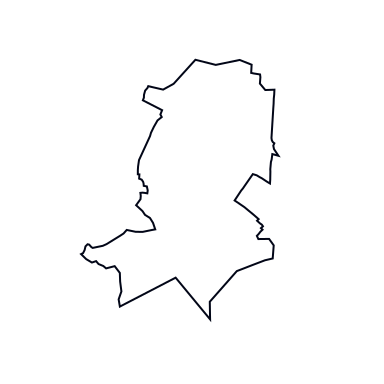 outline of Onitsha North, Anambra, Nigeria, rotated 230°
{"feature_id": "59680162B73411137510562", "entity_name": "Onitsha North", "entity_type": "district", "adm_level": 2, "iso_a3": "NGA", "parent_name": "Nigeria", "parent_adm1": "Anambra", "projection": "albers", "projection_center": [6.801, 6.162], "detail": "fine", "context": "isolated", "style": "outline", "palette": "ink", "viewbox_px": 384, "rotation_deg": 230, "n_neighbors": 0, "source": "geoboundaries", "source_scale": "gbopen_adm2", "svg_char_len": 1733}
<svg xmlns="http://www.w3.org/2000/svg" viewBox="0 0 384 384"><g transform="rotate(230 192 192)"><path d="M164.2,281.5L172.2,282.4L175.3,284.1L176.4,286.4L178.3,286.0L180.3,286.4L182.3,287.6L203.8,308.0L207.0,311.1L211.0,314.7L213.8,317.6L217.4,320.9L223.0,313.7L231.4,313.7L236.0,318.2L238.3,319.7L243.1,315.5L245.2,313.9L251.2,319.5L262.5,313.4L274.1,291.9L291.1,279.6L286.7,247.5L289.0,235.7L301.2,226.5L300.3,224.7L299.8,221.3L297.3,217.7L295.2,215.8L293.8,213.3L273.9,221.7L271.7,217.6L268.9,217.0L269.0,211.6L266.4,204.6L263.7,198.6L261.8,195.8L250.5,171.9L246.2,167.1L243.6,164.6L240.4,161.9L239.3,163.0L236.2,160.1L233.8,161.4L231.2,161.1L229.7,160.4L227.7,159.0L225.3,161.0L221.7,159.1L219.7,156.9L221.7,155.2L223.3,153.7L224.5,151.9L221.9,150.2L219.6,147.9L217.8,140.7L209.3,141.8L204.7,141.3L199.1,143.1L193.4,142.3L187.0,139.8L188.6,137.0L193.2,128.5L197.8,123.2L204.9,117.6L204.2,112.9L204.7,108.7L207.0,93.0L208.1,89.1L213.0,80.0L214.5,79.5L217.8,79.4L219.1,78.4L218.8,75.4L216.6,72.5L215.2,69.3L215.7,67.1L208.6,67.8L202.3,70.0L200.7,74.1L196.9,74.1L192.3,76.5L188.7,77.1L184.9,85.1L176.4,84.7L169.6,79.4L161.2,74.0L156.9,66.8L150.6,63.1L136.9,124.4L82.8,124.0L83.7,124.7L96.5,135.1L102.6,175.5L100.4,181.9L97.1,191.6L92.8,204.0L89.2,211.1L98.6,220.3L106.5,220.9L113.3,212.6L116.7,213.5L117.0,216.1L117.6,218.8L117.8,221.8L120.0,221.6L120.1,224.3L122.1,224.5L124.3,223.9L128.2,223.4L128.4,225.6L134.8,224.6L141.8,223.3L146.8,222.4L158.1,219.2L161.5,230.6L162.0,233.3L162.6,235.4L166.6,250.1L163.2,252.3L159.6,253.5L158.0,254.2L155.3,255.0L152.2,255.9L150.1,256.6L148.4,257.2L151.1,259.8L157.3,265.2L159.1,266.6L164.3,271.8L165.7,273.9L169.4,277.9L164.2,281.5Z" fill="none" stroke="#020617" stroke-width="2"/></g></svg>